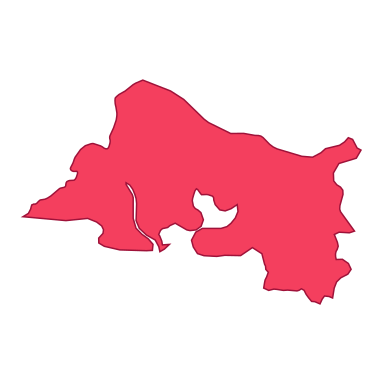 an SVG outline of Bouches-du-Rhône
{"feature_id": "FRA-5274", "entity_name": "Bouches-du-Rhône", "entity_type": "Metropolitan department", "adm_level": 1, "iso_a3": "FRA", "parent_name": "France", "parent_adm1": "", "projection": "orthographic", "projection_center": [4.982, 43.547], "detail": "fine", "context": "isolated", "style": "filled", "palette": "rose", "viewbox_px": 384, "rotation_deg": 0, "n_neighbors": 0, "source": "natural_earth", "source_scale": "10m", "svg_char_len": 3055}
<svg xmlns="http://www.w3.org/2000/svg" viewBox="0 0 384 384"><path d="M332.6,298.0L329.0,296.5L324.5,296.0L322.2,299.1L320.0,303.9L314.9,301.7L311.6,301.4L308.6,297.8L306.1,294.3L304.1,290.3L301.4,288.8L299.1,290.3L297.0,290.9L287.6,290.1L283.4,290.4L277.0,289.4L273.9,289.1L268.7,290.4L263.7,288.1L264.5,283.0L265.1,280.0L266.6,277.0L268.3,272.3L265.8,269.4L265.5,266.0L264.6,264.3L261.9,253.7L252.4,247.6L240.6,255.6L224.8,255.3L216.8,256.4L204.0,255.7L197.5,253.6L193.3,247.0L191.5,240.2L195.8,232.1L202.4,228.4L221.1,228.4L227.0,226.6L231.0,223.3L235.3,218.0L238.0,211.5L237.2,204.6L231.1,208.7L225.2,210.9L219.8,209.9L215.2,204.6L213.8,200.2L213.6,197.7L212.6,196.2L208.2,194.7L206.6,194.5L201.6,194.7L200.7,193.8L197.7,189.6L196.4,188.8L195.0,190.7L193.7,194.6L192.6,198.5L192.3,200.7L193.4,206.2L195.3,208.6L197.9,210.0L200.9,212.6L203.4,219.8L201.1,226.3L196.1,229.9L190.0,230.6L186.8,229.9L175.2,223.2L169.9,225.6L167.7,227.5L162.5,228.6L160.5,230.4L158.7,234.4L159.7,235.9L161.8,241.2L162.4,244.9L169.4,244.4L164.4,249.1L159.9,251.7L158.8,246.7L155.2,240.0L146.4,235.0L139.3,228.3L136.1,220.6L136.6,203.6L136.1,198.6L134.8,194.3L132.7,189.2L129.7,185.0L126.1,182.8L126.1,184.5L132.3,194.6L133.2,197.6L133.2,218.4L136.0,228.2L141.8,234.2L148.2,238.8L153.0,244.3L152.4,250.4L146.3,250.7L119.8,249.9L104.3,246.3L98.8,243.0L98.7,238.1L103.0,233.4L103.5,229.7L101.7,225.9L96.6,222.0L87.7,218.4L65.9,220.6L23.0,216.7L28.4,213.4L30.6,209.2L31.3,206.4L31.7,205.2L31.8,205.0L31.9,204.8L32.4,204.7L33.6,204.1L35.4,204.1L37.0,203.1L38.5,201.4L40.2,200.0L45.0,199.2L47.5,198.1L50.8,196.0L59.4,188.7L60.3,188.2L64.2,187.3L65.1,186.8L65.7,185.9L65.9,184.0L66.2,182.7L66.9,181.6L68.5,180.8L69.7,180.5L73.3,180.3L74.3,180.1L75.3,179.1L76.3,177.4L77.5,173.7L77.5,172.1L76.8,171.3L74.7,171.4L73.6,171.4L72.5,171.1L71.6,170.6L70.9,170.0L70.5,169.2L70.4,168.3L70.9,167.1L72.8,163.4L73.4,161.9L74.3,159.1L75.2,157.1L80.6,149.5L85.3,145.7L90.9,143.8L91.9,143.6L93.0,143.5L94.1,143.8L100.6,145.9L102.4,146.9L104.0,148.1L104.9,148.5L105.9,148.8L106.8,148.8L107.4,148.7L108.2,148.0L109.0,146.5L110.0,143.0L110.2,141.1L110.1,139.7L109.8,138.9L109.7,137.9L109.7,136.9L110.0,135.7L113.6,127.8L116.2,120.1L116.7,116.9L116.9,115.1L116.9,113.0L115.9,106.7L115.6,105.7L115.2,103.7L115.0,100.5L115.2,98.1L116.5,96.6L119.0,94.5L125.2,91.0L133.2,84.6L135.8,83.1L142.8,80.1L170.6,91.0L183.7,99.4L204.1,119.2L208.6,122.6L230.7,133.5L243.7,133.4L254.9,135.4L258.4,135.5L260.9,136.1L263.1,137.6L269.6,144.3L273.2,147.0L277.1,148.9L301.8,156.3L312.6,157.2L320.9,152.8L325.5,148.7L339.5,145.3L344.6,141.9L348.3,137.7L352.6,139.4L357.1,148.0L361.0,150.1L356.3,158.2L338.9,163.5L333.4,173.0L333.7,180.9L336.8,184.8L340.5,187.1L342.8,190.2L343.0,194.4L339.9,205.7L339.7,209.2L340.6,211.9L354.5,231.1L349.4,232.8L339.1,232.2L334.3,234.5L337.4,242.3L338.2,246.2L337.2,249.4L336.0,251.5L335.5,254.0L335.6,256.7L336.2,259.5L342.4,259.3L348.4,263.5L351.1,269.3L347.9,274.1L340.8,277.8L336.6,281.9L334.2,288.1L332.6,298.0L332.6,298.0Z" fill="#f43f5e" stroke="#9f1239" stroke-width="1.5"/></svg>